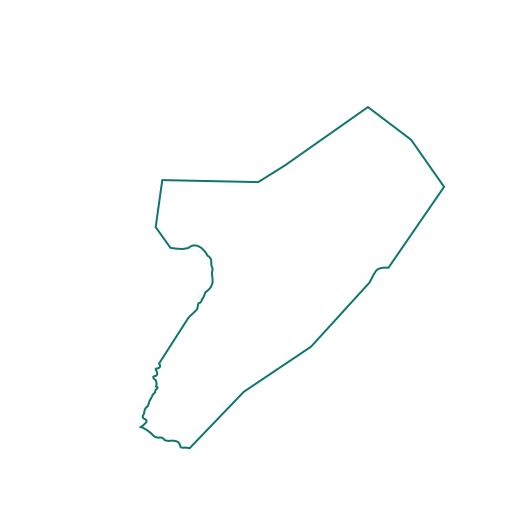 San Agustin, Copán, Honduras, rotated 54°
{"feature_id": "27666195B62722570051096", "entity_name": "San Agustin", "entity_type": "district", "adm_level": 2, "iso_a3": "HND", "parent_name": "Honduras", "parent_adm1": "Copán", "projection": "robinson", "projection_center": [-88.925, 14.809], "detail": "fine", "context": "isolated", "style": "outline", "palette": "teal", "viewbox_px": 512, "rotation_deg": 54, "n_neighbors": 0, "source": "geoboundaries", "source_scale": "gbopen_adm2", "svg_char_len": 5753}
<svg xmlns="http://www.w3.org/2000/svg" viewBox="0 0 512 512"><g transform="rotate(54 256 256)"><path d="M253.2,62.2L201.3,77.9L199.7,179.5L197.5,210.8L139.5,287.2L173.7,320.2L199.1,320.4L200.2,319.3L201.2,318.3L201.9,317.5L203.5,315.8L204.6,314.4L205.8,313.0L206.4,312.3L207.0,311.5L207.3,310.9L207.6,310.5L207.8,310.0L208.3,309.1L208.8,308.1L209.4,306.9L209.5,306.6L209.6,306.3L209.7,305.7L209.8,305.5L209.8,305.1L209.8,304.5L209.8,303.7L209.8,303.4L209.9,303.0L209.9,302.7L210.0,302.3L210.1,301.9L210.2,301.6L210.3,301.3L210.4,301.0L210.6,300.6L210.8,300.4L211.0,300.0L211.2,299.7L211.4,299.4L211.6,299.1L211.9,298.8L212.2,298.5L212.5,298.2L213.0,297.8L213.5,297.4L213.9,297.1L214.3,296.9L215.0,296.5L215.6,296.2L216.1,296.0L217.1,295.6L217.7,295.4L218.2,295.3L218.7,295.2L219.3,295.1L220.4,294.9L221.3,294.8L222.9,294.7L223.6,294.7L224.2,294.7L224.7,294.7L225.3,294.8L225.9,294.9L226.2,295.0L226.7,295.0L227.0,295.0L227.4,295.0L227.6,294.9L227.9,294.8L228.3,294.6L228.5,294.5L228.9,294.4L229.2,294.3L229.5,294.3L230.0,294.2L230.8,294.3L231.4,294.3L232.1,294.5L232.5,294.6L232.8,294.7L233.2,294.9L233.6,295.1L234.0,295.3L234.4,295.5L234.9,295.9L235.5,296.4L236.0,296.7L236.5,297.1L237.0,297.4L237.6,297.7L238.1,297.9L238.7,298.0L239.4,298.2L239.9,298.3L240.2,298.5L240.6,298.6L241.1,298.9L241.5,299.2L241.9,299.5L242.3,299.9L242.8,300.6L243.2,301.0L243.6,301.4L243.9,301.6L244.2,301.8L244.8,302.3L245.3,302.6L246.2,303.0L246.7,303.3L249.0,304.6L251.5,306.4L252.7,307.6L253.5,308.9L254.0,309.7L254.4,310.5L254.7,311.2L254.9,311.9L255.0,312.2L255.1,312.4L255.3,313.7L255.5,315.1L255.6,315.7L255.6,316.2L255.6,317.1L255.6,318.3L257.0,320.2L257.8,321.6L258.9,323.5L259.0,323.7L259.1,323.9L259.1,324.2L259.1,324.6L259.2,324.8L259.2,325.1L259.3,325.3L259.4,325.5L259.6,325.6L259.9,325.9L260.0,326.0L260.3,326.4L260.4,326.7L260.6,327.0L260.7,327.5L260.8,328.1L260.9,328.5L260.9,328.8L260.8,329.0L260.7,329.5L260.6,329.8L260.5,330.0L260.5,330.4L260.6,330.5L260.9,330.9L261.1,331.3L261.4,331.6L262.0,332.2L263.0,333.2L263.4,333.6L263.8,334.1L264.2,334.5L264.3,334.8L264.4,335.1L264.5,335.3L264.6,335.7L264.7,336.1L264.8,336.6L265.6,342.5L265.7,343.1L265.7,344.1L265.8,344.5L265.9,345.0L266.3,347.1L286.0,397.6L287.6,397.8L287.9,397.9L288.2,398.0L288.3,398.1L288.6,398.2L288.8,398.4L288.9,398.5L289.0,398.7L289.1,398.8L289.2,399.0L289.3,399.1L289.4,399.4L289.4,399.6L289.4,399.8L289.4,400.2L289.4,400.6L289.3,401.0L289.2,401.3L289.0,401.7L288.7,402.1L288.6,402.3L288.5,402.5L288.5,402.8L288.4,403.1L288.4,403.5L288.5,403.7L288.7,403.8L289.1,403.9L289.8,404.0L290.5,404.1L290.9,404.1L291.2,404.2L291.6,404.3L292.2,404.6L292.7,404.8L292.9,404.9L293.1,405.1L293.3,405.3L293.6,405.5L293.8,405.9L293.9,406.0L294.0,406.3L294.1,406.5L294.1,407.1L294.1,407.5L294.0,407.8L293.9,408.0L293.6,408.5L293.4,409.1L293.3,409.5L293.3,410.0L293.6,410.3L293.9,410.5L294.1,410.6L294.3,410.6L294.7,410.7L295.2,410.7L295.6,410.7L296.0,410.6L296.3,410.5L296.8,410.3L297.1,410.2L297.3,410.2L297.6,410.2L297.9,410.2L298.1,410.2L298.3,410.2L298.5,410.3L298.8,410.5L299.2,410.7L299.6,410.9L300.0,411.1L300.9,411.5L301.2,411.6L301.3,411.7L301.5,411.9L301.7,412.1L301.8,412.4L302.0,412.8L302.2,413.0L302.4,413.2L302.5,413.3L302.9,413.5L303.1,413.5L303.4,413.5L303.6,413.5L303.8,413.5L304.0,413.3L304.1,413.2L304.3,413.0L304.3,412.9L304.5,412.9L304.6,413.0L304.8,413.2L305.0,413.6L305.1,414.1L305.2,414.6L305.3,415.1L305.3,415.3L305.3,415.9L305.4,416.0L305.5,416.2L305.6,416.3L306.0,416.8L306.4,417.2L306.6,417.4L306.9,417.6L307.0,417.7L307.0,417.8L307.3,419.4L307.5,420.9L307.5,421.1L307.6,421.3L308.0,421.8L308.2,422.0L308.4,422.4L309.9,425.6L310.6,427.1L311.0,427.8L311.3,428.3L312.2,429.3L312.7,430.0L313.1,430.7L313.3,430.9L313.6,431.5L313.8,431.8L313.9,432.2L314.0,432.4L314.0,432.7L313.9,433.0L313.9,433.5L314.1,434.3L314.3,435.0L314.7,435.7L314.8,435.9L314.9,436.2L315.2,436.5L315.8,437.3L316.6,438.1L317.6,439.2L317.7,439.4L317.9,439.7L318.1,439.9L318.3,440.5L318.5,440.9L318.7,441.3L319.0,441.6L319.2,441.8L319.5,442.1L319.8,442.3L320.0,442.4L320.2,442.5L320.3,442.5L320.5,442.5L321.1,442.4L321.5,442.3L322.0,442.1L322.4,441.9L322.9,441.6L323.2,441.5L323.4,441.4L323.7,441.3L324.0,441.3L324.4,441.4L324.7,441.4L325.0,441.5L325.5,441.8L325.6,442.0L325.8,442.1L325.8,442.3L325.9,442.5L326.0,442.8L326.1,443.2L326.2,443.6L326.4,444.4L326.6,446.3L326.7,446.9L326.7,447.7L326.7,449.0L326.6,449.8L327.1,449.5L327.9,448.9L328.7,448.4L329.2,448.1L330.0,447.8L330.6,447.5L332.2,446.8L333.9,446.2L334.7,446.0L336.3,445.5L337.1,445.3L337.8,445.1L338.5,445.0L340.1,444.8L340.6,444.7L341.5,444.5L342.0,444.3L342.4,444.2L342.9,443.9L343.3,443.7L343.8,443.4L344.3,443.0L345.0,442.4L345.3,442.1L345.5,441.9L345.7,441.7L345.8,441.5L346.0,441.1L346.3,440.4L346.5,440.2L346.7,439.9L346.9,439.7L347.1,439.5L347.3,439.3L347.6,439.1L347.9,438.9L348.4,438.6L348.9,438.4L349.3,438.2L349.7,438.1L350.0,438.1L350.7,438.2L350.9,438.1L351.2,438.1L351.4,438.0L351.6,437.9L351.8,437.8L352.1,437.6L352.4,437.3L352.8,436.9L353.4,436.3L353.8,435.8L354.2,435.4L354.5,434.9L354.9,434.4L355.2,433.9L355.6,433.1L355.9,432.6L356.3,432.1L356.7,431.6L357.3,431.0L358.0,430.3L358.7,429.7L359.3,429.2L359.6,429.0L360.0,428.8L360.4,428.6L360.7,428.4L360.9,428.3L361.1,428.3L361.4,428.2L361.7,428.2L362.0,428.3L362.5,428.3L363.0,428.4L364.2,428.7L364.6,428.8L364.9,428.9L365.7,429.1L366.0,429.2L366.4,429.2L366.5,429.2L367.0,429.0L367.2,428.8L367.6,428.5L367.8,428.2L368.2,427.7L368.5,427.4L369.2,426.2L369.7,425.6L370.4,424.7L371.3,423.8L371.5,423.5L371.8,423.3L372.1,423.1L372.5,422.8L358.7,345.7L361.7,264.7L344.2,179.8L342.3,175.9L340.2,171.8L339.3,169.4L338.5,167.5L338.3,165.5L338.5,164.2L339.2,162.1L339.8,160.8L340.8,159.2L343.3,155.6L310.6,63.2L253.2,62.2Z" fill="none" stroke="#0f766e" stroke-width="2"/></g></svg>